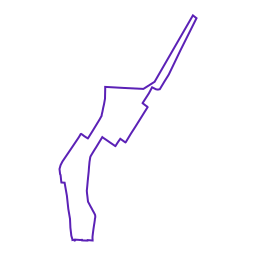 Al-Sharq, Bur Sa`id, Egypt
{"feature_id": "37247803B90790546702269", "entity_name": "Al-Sharq", "entity_type": "district", "adm_level": 2, "iso_a3": "EGY", "parent_name": "Egypt", "parent_adm1": "Bur Sa`id", "projection": "natural_earth1", "projection_center": [32.303, 31.263], "detail": "fine", "context": "isolated", "style": "outline", "palette": "violet", "viewbox_px": 256, "rotation_deg": 0, "n_neighbors": 0, "source": "geoboundaries", "source_scale": "gbopen_adm2", "svg_char_len": 1966}
<svg xmlns="http://www.w3.org/2000/svg" viewBox="0 0 256 256"><path d="M61.4,182.5L64.6,182.7L66.9,195.8L68.3,208.9L70.0,218.9L70.4,227.7L71.0,232.8L71.3,235.6L72.4,239.4L72.5,239.8L72.5,240.0L73.0,239.9L73.9,239.8L74.2,239.9L74.3,240.2L74.4,240.5L74.6,240.6L75.1,240.4L75.1,240.0L75.2,239.6L76.1,239.7L77.7,239.8L79.1,239.9L80.0,240.0L81.1,239.9L81.9,239.9L81.9,240.2L82.0,240.4L87.4,240.6L87.8,240.5L87.8,240.4L87.8,240.1L92.6,240.5L92.6,239.7L92.6,239.2L92.5,238.6L92.5,236.8L92.9,233.3L93.4,229.5L94.0,225.4L94.4,223.0L94.8,220.2L94.9,219.2L95.0,218.4L95.1,218.1L95.2,217.8L95.3,216.6L95.2,215.8L95.2,215.5L95.1,215.0L94.8,214.3L94.3,213.3L93.6,212.0L92.8,210.6L91.5,208.1L90.8,206.9L88.3,202.2L88.1,201.9L88.0,201.5L87.9,200.8L87.4,196.4L87.0,193.2L86.8,190.6L87.0,188.9L87.3,185.8L87.8,180.1L87.9,179.7L87.9,179.2L88.2,176.3L88.7,171.6L88.9,168.7L89.0,167.2L89.3,164.1L89.5,161.9L89.9,159.5L89.9,159.2L90.0,158.9L90.2,157.5L90.4,156.8L90.5,156.5L90.6,156.3L91.4,154.9L93.4,151.6L95.2,148.7L95.8,147.8L102.3,137.1L103.2,137.8L106.3,139.9L110.6,142.9L114.9,145.8L115.1,146.0L115.4,146.1L118.1,141.9L120.3,138.8L125.2,142.3L125.5,142.4L125.8,142.1L131.0,133.5L135.0,127.3L142.4,115.5L144.0,112.9L147.4,107.5L147.6,107.2L147.5,106.9L147.3,106.7L146.0,105.8L143.0,103.5L142.8,103.3L142.6,103.1L143.1,102.3L144.0,100.9L148.9,93.3L152.1,87.3L156.0,89.3L157.9,89.6L159.8,89.2L163.3,83.4L164.0,82.2L166.2,78.7L168.2,75.5L168.9,74.3L180.5,50.2L196.5,18.2L192.9,15.4L154.6,81.8L143.4,88.9L123.0,87.9L105.2,86.9L105.2,88.9L105.0,98.7L104.0,104.3L103.2,107.8L102.4,111.9L102.3,112.3L102.2,112.6L101.7,114.9L101.6,115.9L101.5,116.0L101.0,116.9L99.7,119.3L92.5,131.1L88.1,138.1L88.0,138.3L87.9,138.4L86.2,137.4L83.9,135.9L83.2,135.3L81.8,134.3L81.1,133.9L80.8,134.0L80.5,134.3L80.1,135.1L79.1,136.8L78.2,138.2L70.1,150.2L62.5,161.4L60.6,165.1L59.5,169.0L60.1,174.2L60.5,174.8L60.5,175.0L60.6,175.3L61.2,181.1L61.4,182.5Z" fill="none" stroke="#5b21b6" stroke-width="2"/></svg>